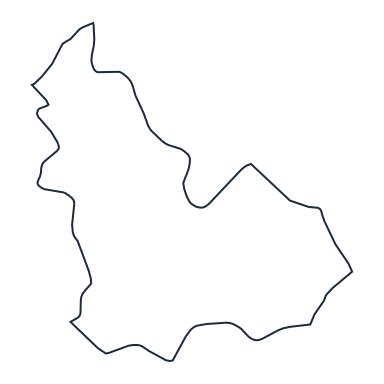 Béja, Mercator projection
{"feature_id": "TUN-103", "entity_name": "Béja", "entity_type": "Governorate", "adm_level": 1, "iso_a3": "TUN", "parent_name": "Tunisia", "parent_adm1": "", "projection": "mercator", "projection_center": [9.232, 36.761], "detail": "fine", "context": "isolated", "style": "outline", "palette": "slate", "viewbox_px": 384, "rotation_deg": 0, "n_neighbors": 0, "source": "natural_earth", "source_scale": "10m", "svg_char_len": 2149}
<svg xmlns="http://www.w3.org/2000/svg" viewBox="0 0 384 384"><path d="M31.9,84.9L34.5,83.7L41.9,76.5L52.2,63.8L62.5,43.9L66.9,41.0L70.2,39.3L79.5,29.3L83.0,27.2L93.1,23.0L93.6,24.9L94.3,39.3L93.8,45.7L91.9,54.7L91.4,60.5L91.8,62.9L92.4,65.3L93.8,69.0L95.2,70.8L96.8,71.9L98.3,72.2L119.1,71.8L121.2,72.6L123.6,74.1L127.8,77.8L129.7,80.1L131.2,82.2L132.5,85.4L135.5,95.7L143.7,113.4L148.0,125.4L149.7,128.5L151.4,130.8L162.4,141.3L165.5,143.5L168.6,145.1L180.7,148.9L184.6,151.5L187.9,154.4L189.1,156.4L189.9,158.4L189.9,160.1L189.7,163.4L189.2,166.3L188.6,168.8L187.4,172.3L186.7,174.1L186.0,175.9L185.3,177.6L183.3,182.9L183.6,185.5L184.3,189.3L187.0,197.1L189.0,200.9L190.8,203.4L195.3,206.3L196.8,206.9L199.9,207.6L201.2,207.6L202.7,207.5L204.3,207.1L205.9,206.2L209.0,203.8L241.1,169.8L244.1,167.2L247.4,165.2L251.0,164.0L290.0,200.6L308.9,207.0L317.9,207.8L319.8,208.9L320.9,210.2L321.4,211.7L322.2,214.9L324.6,221.6L335.5,244.4L348.6,263.8L352.1,271.7L332.4,288.2L326.3,294.8L324.9,298.0L324.2,300.3L314.4,314.5L310.3,324.5L290.2,326.8L282.8,328.4L277.4,330.7L263.0,338.4L260.0,339.7L257.2,340.3L255.4,340.1L253.2,339.5L250.2,337.9L248.2,336.3L240.8,328.5L237.8,326.5L233.3,324.1L230.1,323.0L226.0,322.7L206.8,324.0L196.9,325.7L193.8,327.2L191.1,329.4L189.9,330.8L185.9,336.3L172.7,360.5L169.9,361.0L165.8,360.2L148.5,350.7L142.5,346.5L140.4,345.6L137.7,345.0L133.3,345.0L128.5,345.7L109.2,352.8L105.8,353.5L97.7,348.0L70.5,321.9L76.7,318.4L78.4,317.2L79.6,315.7L80.2,314.2L80.5,312.8L80.8,300.8L81.3,296.9L81.9,295.4L82.6,293.9L84.8,290.8L90.1,284.9L91.2,283.4L90.8,278.6L88.8,271.0L77.6,240.9L75.0,237.6L73.7,235.2L72.8,232.3L72.1,224.6L74.3,203.7L74.1,201.8L73.5,200.0L71.7,197.8L68.5,195.3L65.0,193.0L63.5,192.4L44.5,189.2L42.7,188.5L40.9,187.4L39.2,186.1L38.0,184.5L37.5,182.7L38.2,180.3L39.0,178.5L39.9,176.8L40.5,174.7L41.0,172.3L41.2,168.6L41.6,166.4L42.2,164.5L43.1,163.0L44.4,161.5L56.7,151.2L58.0,149.8L58.9,148.2L58.6,145.5L57.3,142.0L51.0,131.6L38.4,117.1L37.5,115.2L37.0,113.2L37.9,110.2L39.0,108.9L40.3,108.2L41.2,107.9L47.4,105.6L48.5,104.7L46.3,100.3L32.0,85.0L31.9,84.9Z" fill="none" stroke="#1e293b" stroke-width="2"/></svg>